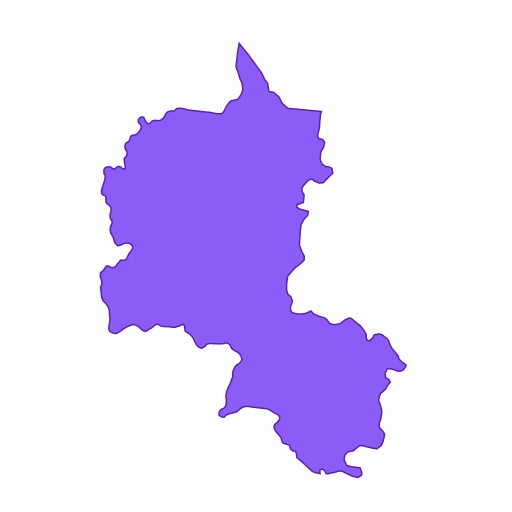 Pruzhany, Brest, Belarus (Mercator projection), rotated 96°
{"feature_id": "67162791B13478011403583", "entity_name": "Pruzhany", "entity_type": "district", "adm_level": 2, "iso_a3": "BLR", "parent_name": "Belarus", "parent_adm1": "Brest", "projection": "mercator", "projection_center": [24.486, 52.68], "detail": "fine", "context": "isolated", "style": "filled", "palette": "violet", "viewbox_px": 512, "rotation_deg": 96, "n_neighbors": 0, "source": "geoboundaries", "source_scale": "gbopen_adm2", "svg_char_len": 6140}
<svg xmlns="http://www.w3.org/2000/svg" viewBox="0 0 512 512"><g transform="rotate(96 256 256)"><path d="M416.0,112.6L413.8,115.2L409.9,116.0L404.8,114.9L398.3,114.6L395.2,115.2L389.9,117.4L386.8,119.1L379.8,118.0L377.2,115.2L374.7,113.2L371.3,111.8L367.4,109.3L365.1,110.7L363.4,114.6L358.9,115.2L354.2,113.5L354.2,111.0L354.4,107.6L355.6,103.6L355.6,100.8L353.9,97.5L350.2,95.5L348.5,95.5L347.1,98.3L346.3,99.7L343.5,103.1L340.9,103.9L337.3,107.3L334.2,110.7L330.8,113.2L326.6,115.2L324.6,116.9L321.0,122.8L320.7,125.9L322.1,130.1L325.2,131.5L328.3,134.0L328.3,136.6L326.0,137.7L322.4,138.2L318.2,141.3L314.2,145.3L310.8,150.9L308.0,154.8L308.0,157.1L310.0,160.5L314.2,164.7L315.3,167.5L316.2,172.0L315.3,175.9L311.7,179.0L310.3,181.8L309.4,186.9L307.5,192.8L304.9,195.6L307.7,200.1L308.9,204.4L309.4,208.3L308.6,214.2L306.3,215.9L303.0,216.4L297.1,215.0L293.1,217.0L290.6,220.4L286.4,222.1L280.2,222.6L272.9,222.4L267.0,218.4L263.6,215.9L258.5,210.5L255.1,207.7L251.2,208.0L246.4,211.1L240.8,213.9L228.7,214.5L220.0,214.5L214.1,211.9L210.1,208.9L206.2,208.6L205.6,212.2L204.8,216.7L204.5,218.4L202.8,220.7L200.6,220.4L199.4,217.6L197.8,214.5L190.4,214.5L187.3,216.7L184.3,217.6L181.4,216.4L178.3,214.2L174.7,211.4L173.6,208.0L175.3,206.3L176.9,200.7L176.1,196.8L168.5,190.9L165.7,188.3L160.9,189.7L159.8,192.8L159.8,195.9L157.8,199.6L155.3,201.5L152.5,202.4L145.7,202.4L140.7,200.1L135.6,199.6L133.1,202.1L132.8,205.5L130.8,207.2L128.3,207.2L121.5,206.3L116.2,206.6L108.3,206.6L105.4,206.1L105.5,210.0L105.8,239.5L104.4,241.8L101.6,245.7L95.4,249.9L91.4,255.6L91.1,260.3L83.0,262.6L79.3,266.0L73.7,269.3L56.8,284.5L46.3,295.0L49.2,295.1L52.4,295.4L57.1,295.6L61.0,295.6L65.4,295.7L69.3,295.7L71.9,294.9L74.4,293.3L78.4,291.8L81.6,290.3L83.9,288.9L86.1,287.8L89.3,287.0L91.7,286.5L95.0,287.1L97.1,287.8L99.7,289.0L102.1,290.7L102.8,292.3L103.4,294.4L104.1,296.4L104.9,297.8L108.3,300.0L111.1,301.4L115.5,303.0L117.4,304.3L118.3,305.5L118.3,307.4L118.5,310.3L118.0,317.1L118.0,329.2L117.9,338.2L117.3,341.8L117.0,346.0L117.0,347.8L117.8,350.5L120.2,352.2L120.6,354.9L121.0,357.2L122.0,359.1L123.3,360.2L125.1,360.9L127.1,361.8L128.3,362.4L130.0,364.0L131.3,365.5L131.6,367.4L131.6,369.6L131.8,371.6L132.8,373.5L135.0,375.2L135.7,376.3L135.3,378.2L133.4,380.2L131.8,381.0L130.3,381.8L129.6,382.8L129.7,384.4L131.2,386.5L132.9,387.2L134.9,387.1L136.3,386.1L137.1,384.6L138.2,384.1L139.4,383.6L141.0,383.5L143.5,384.6L145.9,386.2L147.5,387.6L148.4,389.4L148.6,390.7L149.3,392.5L151.0,393.4L152.8,393.5L154.6,394.1L155.5,394.8L156.2,396.0L157.9,397.4L159.9,397.9L162.7,397.4L163.8,396.9L164.6,396.2L165.8,395.1L168.0,394.9L169.4,395.1L170.6,395.6L171.5,396.2L172.2,396.9L173.2,397.2L176.1,396.8L177.3,396.3L178.9,395.9L180.7,395.3L183.2,395.7L183.1,397.8L182.3,399.1L181.3,400.5L181.3,402.1L182.1,403.5L183.7,405.1L184.4,406.1L184.0,407.6L182.7,410.0L182.6,411.5L182.9,413.1L183.4,414.3L184.6,415.7L186.3,416.3L188.5,416.0L190.3,415.6L191.2,414.5L193.7,414.2L196.5,414.4L199.8,415.1L203.9,416.0L207.3,416.5L209.9,416.1L211.1,414.8L211.9,412.7L212.4,411.6L213.1,411.4L216.5,411.1L218.4,410.7L219.5,409.5L220.3,408.4L221.2,406.7L222.9,405.5L224.2,405.1L225.6,404.9L227.1,405.0L229.1,405.4L230.4,405.4L231.6,405.3L233.2,405.0L234.3,404.5L235.3,403.6L236.3,402.9L237.5,402.6L238.8,402.6L240.7,403.4L241.8,403.7L244.0,403.8L244.9,403.8L247.9,403.0L249.1,402.4L250.1,401.6L251.6,400.3L254.9,398.9L257.3,397.9L258.5,396.8L260.3,394.4L259.7,392.6L258.7,390.7L257.7,389.2L256.7,386.8L256.6,384.1L257.5,381.3L258.3,380.5L260.3,379.5L262.0,379.8L263.4,380.4L266.6,382.4L269.1,383.4L270.9,383.9L272.2,384.3L273.5,385.5L274.1,387.3L274.2,389.2L274.4,390.5L276.0,391.2L278.6,393.1L281.1,394.4L282.6,396.9L282.5,399.1L282.2,400.1L281.7,401.0L281.4,402.1L281.5,403.7L282.5,404.4L285.1,405.6L287.3,407.1L288.7,408.8L292.5,408.8L293.6,408.3L296.1,407.1L298.9,406.5L301.4,406.7L303.8,407.3L307.6,406.3L309.9,405.9L313.7,405.0L316.6,403.2L317.6,402.0L319.5,399.9L322.0,397.7L325.0,396.4L327.9,395.8L331.1,395.2L334.1,394.6L337.6,394.6L341.5,394.9L343.5,394.8L346.0,393.8L347.0,392.0L347.6,389.5L347.8,388.7L347.8,387.5L347.5,386.3L346.1,384.6L345.0,383.0L342.6,380.6L341.2,378.7L339.5,376.3L337.8,372.9L336.9,370.7L337.3,368.3L338.0,366.5L338.6,365.3L341.7,361.1L342.3,359.8L342.4,357.7L341.5,356.3L339.9,354.4L338.2,352.0L336.4,350.4L334.7,348.9L334.3,347.2L334.3,345.8L335.2,344.2L335.6,342.6L335.8,339.9L335.4,335.5L335.6,330.6L335.3,328.7L334.1,326.3L333.7,324.9L331.7,321.9L331.8,320.8L333.2,319.8L335.6,319.2L336.9,319.0L338.4,318.4L339.4,316.2L340.0,314.8L340.7,313.7L341.9,312.2L343.3,310.6L345.4,309.1L347.3,308.1L349.9,306.5L352.1,304.3L353.3,301.6L353.3,300.0L351.1,297.1L348.8,295.6L347.8,292.9L347.4,285.4L346.8,280.1L345.5,276.8L346.0,274.1L347.3,272.4L349.1,271.4L350.4,270.4L351.4,269.2L352.3,267.3L353.0,265.6L354.1,263.2L356.8,260.5L360.5,259.3L361.9,259.6L364.5,261.2L366.3,263.7L368.5,265.4L371.1,266.3L374.6,267.1L378.2,266.5L381.9,267.4L385.6,268.3L387.7,269.2L390.8,270.2L393.7,271.0L397.6,271.3L400.8,270.8L403.1,270.3L406.9,270.3L409.3,270.9L411.2,272.5L411.9,274.3L414.0,275.9L415.6,276.4L418.0,276.2L418.9,274.9L419.6,273.5L419.7,271.8L419.6,270.8L418.4,270.0L416.7,268.0L415.5,265.4L414.0,261.4L413.0,258.8L410.0,256.2L407.8,253.5L406.6,250.4L406.5,248.0L406.7,238.8L406.8,228.4L408.4,224.8L410.7,220.0L411.8,217.1L413.5,215.8L415.6,215.4L419.0,217.0L420.4,218.8L422.2,220.0L424.2,220.2L426.9,219.2L429.2,217.3L432.0,214.0L434.2,212.1L435.7,211.4L437.7,210.7L439.4,209.4L439.7,207.2L440.1,205.4L440.5,203.2L442.3,202.3L444.1,201.7L446.1,198.8L445.9,196.7L447.4,195.4L449.8,194.9L452.2,194.3L455.1,189.9L458.2,185.7L464.2,177.7L465.1,175.1L465.7,169.5L464.1,170.0L461.6,169.8L461.1,167.2L462.5,165.0L465.0,163.6L465.3,162.2L463.6,157.7L463.3,156.0L461.1,150.9L461.1,147.5L462.2,145.0L463.6,140.8L465.0,136.8L465.6,131.5L463.0,128.1L460.5,128.1L455.7,130.4L455.7,138.2L454.9,143.6L452.3,145.6L449.2,147.2L444.5,146.7L441.4,144.4L440.2,141.3L439.7,139.1L433.8,133.2L433.5,130.4L434.3,124.7L434.9,120.2L435.2,115.7L431.2,111.5L427.6,110.4L422.5,109.6L419.4,109.6L416.0,112.6Z" fill="#8b5cf6" stroke="#5b21b6" stroke-width="1.5"/></g></svg>